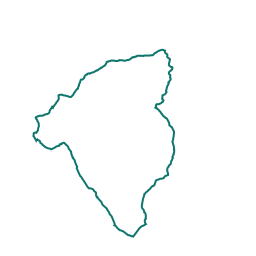 Holbav, Brasov, Romania (Mercator projection), rotated 131°
{"feature_id": "2599482B87347061012561", "entity_name": "Holbav", "entity_type": "district", "adm_level": 2, "iso_a3": "ROU", "parent_name": "Romania", "parent_adm1": "Brasov", "projection": "mercator", "projection_center": [25.358, 45.68], "detail": "fine", "context": "isolated", "style": "outline", "palette": "teal", "viewbox_px": 256, "rotation_deg": 131, "n_neighbors": 0, "source": "geoboundaries", "source_scale": "gbopen_adm2", "svg_char_len": 5815}
<svg xmlns="http://www.w3.org/2000/svg" viewBox="0 0 256 256"><g transform="rotate(131 128 128)"><path d="M149.1,201.8L151.0,199.7L151.8,199.2L153.9,198.8L155.2,198.9L157.8,198.4L158.8,198.5L160.0,198.3L161.0,198.3L162.0,197.9L162.0,198.4L161.5,199.1L161.6,199.3L161.9,199.3L162.8,198.9L163.9,198.7L165.5,198.7L166.4,198.4L167.4,197.7L168.5,197.5L169.6,197.7L170.6,198.2L171.4,198.9L172.2,199.3L172.8,199.9L173.5,199.9L175.1,200.8L176.6,202.7L178.0,203.5L178.5,203.7L178.9,204.1L179.4,204.1L179.8,204.4L180.6,204.6L180.9,204.3L181.1,203.4L181.5,202.8L181.5,202.1L181.6,201.6L182.1,201.0L182.4,200.5L182.7,199.3L183.0,198.6L183.5,198.0L185.2,196.4L187.2,195.6L188.2,194.9L189.2,194.3L190.4,194.3L191.0,194.1L191.9,194.1L192.3,195.1L193.7,195.8L194.1,195.5L194.5,195.1L196.1,194.1L196.1,193.6L197.8,188.9L197.0,189.1L196.1,189.0L196.2,188.0L195.8,186.8L195.8,186.5L195.7,186.2L195.9,185.5L196.7,184.4L196.6,183.2L196.5,182.5L196.8,180.9L196.7,180.8L196.8,180.3L196.7,180.1L196.6,179.6L196.7,179.4L196.6,178.5L196.7,178.1L196.7,177.8L196.4,177.1L196.2,176.9L196.2,176.3L195.9,175.3L194.6,172.9L194.5,172.0L193.8,171.6L192.7,171.2L191.2,170.5L189.7,170.1L188.9,170.0L187.9,169.2L186.7,168.7L186.4,168.2L185.2,168.8L184.5,168.5L184.0,167.7L183.4,167.5L182.8,167.8L182.4,167.7L181.6,167.1L181.2,166.6L181.0,166.0L181.3,163.9L181.2,162.4L181.3,161.5L181.7,160.4L182.5,159.2L183.2,155.5L185.0,153.4L185.2,152.7L186.0,151.6L186.4,150.0L186.8,150.0L187.3,147.0L187.9,146.4L189.7,143.2L190.7,140.8L191.9,140.4L194.6,134.9L195.6,132.5L195.5,131.7L197.9,123.2L198.9,120.3L199.2,117.9L198.1,116.7L197.3,114.7L197.3,113.4L197.8,112.3L197.7,110.0L199.9,107.6L200.7,106.2L200.2,105.8L200.6,104.7L201.1,102.2L201.2,99.7L202.1,98.2L202.6,96.7L202.7,94.8L202.7,91.1L203.3,90.1L204.2,86.6L205.0,85.4L205.4,82.4L209.1,75.1L209.7,74.3L210.3,74.4L210.0,72.7L210.5,70.6L210.5,68.4L210.6,67.3L210.0,66.3L209.1,63.6L208.8,57.4L208.0,56.8L208.0,56.4L207.2,53.9L206.5,53.5L206.4,52.8L196.3,53.6L193.3,53.3L191.7,52.4L188.8,51.4L188.4,52.8L187.4,54.1L186.5,54.9L184.8,54.9L184.5,55.7L182.9,56.5L181.3,58.5L180.7,59.6L181.0,60.4L180.2,61.4L179.6,62.3L179.5,62.7L179.3,64.5L178.7,65.5L178.3,66.0L177.2,66.9L176.6,67.0L176.2,67.5L173.5,69.0L172.0,70.0L170.3,70.7L167.6,71.9L167.3,72.2L167.1,72.0L165.7,72.2L164.7,72.2L162.8,71.7L162.0,71.9L159.7,71.4L157.9,71.6L156.4,71.5L155.6,71.3L154.9,70.7L154.5,70.6L153.9,70.8L153.1,70.8L152.4,71.3L151.0,71.7L150.6,72.0L149.2,72.5L147.9,71.9L147.1,71.3L145.2,70.4L144.8,70.1L144.0,69.2L143.0,68.5L141.9,68.2L140.8,68.5L140.3,68.5L139.3,68.1L137.4,67.0L137.1,66.9L136.8,67.3L135.8,68.2L135.1,69.7L133.4,71.3L132.9,71.7L132.0,72.0L130.8,71.9L130.2,72.3L129.7,72.4L128.9,72.4L127.6,72.1L127.2,72.2L124.4,73.7L123.3,73.8L121.5,74.6L121.0,74.6L120.8,75.3L120.5,75.6L118.8,76.1L118.1,76.1L117.9,76.2L117.7,76.7L116.4,77.0L116.1,77.3L115.3,77.8L114.8,78.4L114.3,78.6L114.3,79.0L113.8,79.5L113.4,79.6L111.7,81.5L111.4,81.9L111.0,82.9L110.5,83.4L109.3,85.5L108.1,85.8L107.2,86.5L106.1,86.9L105.3,87.7L104.5,88.0L102.2,89.6L101.7,89.8L100.9,90.7L100.6,90.9L100.1,91.7L99.9,92.6L99.2,94.2L99.0,94.4L98.7,95.3L98.8,98.6L98.4,98.9L98.0,99.5L97.3,100.0L95.4,104.7L95.5,105.5L95.8,106.1L95.6,106.4L95.6,107.2L95.8,107.8L95.6,108.5L95.8,109.0L95.7,109.9L95.2,111.3L95.3,112.0L95.0,112.5L94.9,113.4L94.6,114.0L94.4,116.3L94.2,116.9L94.3,118.3L94.2,118.9L94.4,119.3L94.3,119.6L94.6,119.7L94.6,120.2L94.7,120.7L93.6,120.8L93.3,121.0L92.6,121.8L92.1,121.8L91.4,122.0L91.1,121.9L90.0,120.5L87.8,119.4L86.7,119.2L86.0,119.3L85.5,118.9L85.1,118.9L84.4,119.1L83.8,119.5L83.8,120.9L83.7,121.2L83.6,121.4L82.6,121.8L82.2,122.3L81.7,122.6L80.8,123.4L79.6,122.9L78.6,122.3L75.9,122.3L75.4,122.7L75.3,123.4L74.8,123.9L74.2,124.1L73.4,124.3L72.5,125.0L71.3,125.5L70.7,125.8L69.0,126.1L67.4,126.7L67.3,126.9L67.3,127.2L67.2,127.4L66.0,127.3L65.2,127.5L63.7,127.6L63.3,127.8L62.9,128.0L62.5,128.7L62.4,129.3L60.6,130.5L60.2,131.1L60.4,132.1L59.8,133.2L59.6,133.3L59.1,133.6L57.6,133.6L56.6,133.3L55.8,133.2L55.3,133.4L54.9,133.2L54.6,133.4L53.6,133.7L53.4,133.9L53.1,134.5L53.4,135.1L53.8,136.2L53.8,137.0L53.9,137.6L53.4,138.7L51.8,139.8L50.8,140.1L49.5,141.0L48.8,141.2L48.6,141.4L48.5,142.4L48.6,143.2L48.7,144.2L48.6,145.1L48.3,145.4L47.5,145.8L46.7,146.6L46.7,147.3L46.9,148.2L46.8,149.1L46.4,150.1L46.1,150.5L45.4,150.7L45.4,151.1L46.4,153.4L47.6,154.3L48.8,155.0L49.3,155.1L49.7,155.5L52.8,156.4L53.5,156.7L53.8,156.7L54.2,157.0L55.6,156.9L56.9,157.1L57.7,158.1L58.4,158.5L59.4,159.7L60.1,160.2L62.0,162.6L62.4,162.8L62.5,163.1L63.2,163.7L63.8,163.8L64.1,164.2L64.2,164.6L65.2,166.0L65.8,166.2L66.3,167.3L66.9,167.9L67.3,168.1L67.7,168.5L68.1,168.4L68.6,168.6L69.0,168.9L69.2,169.3L69.8,169.4L70.1,169.7L70.7,169.8L70.9,170.0L71.1,170.7L71.4,170.8L72.0,170.9L72.5,171.3L73.4,171.2L74.5,171.5L74.9,171.7L76.0,172.0L77.5,173.3L79.7,174.8L80.0,175.4L80.2,176.1L80.7,176.9L81.3,177.4L82.0,178.6L82.4,178.8L82.5,179.1L83.1,179.1L84.4,180.0L85.4,181.1L87.0,183.7L87.3,183.9L88.0,184.9L89.0,185.2L89.9,186.1L90.8,186.4L91.3,187.0L92.0,187.4L92.3,187.4L93.6,186.7L95.3,186.6L96.1,186.4L97.5,187.0L100.0,187.5L100.3,188.0L101.0,187.9L101.9,188.3L103.6,188.7L103.9,188.6L104.6,188.9L104.7,189.2L105.2,189.2L105.7,189.7L106.1,189.7L106.9,190.1L107.7,190.2L109.9,191.5L110.7,192.1L111.5,192.3L111.7,192.6L112.1,192.6L112.8,193.4L112.9,193.8L114.0,194.2L114.5,194.0L114.8,194.4L115.5,194.7L117.7,194.7L118.4,194.2L119.3,193.9L119.8,194.0L120.9,194.0L121.5,194.3L121.9,194.9L122.2,195.2L122.8,195.2L123.2,195.1L124.8,194.2L127.4,193.5L128.1,192.8L129.5,192.6L131.1,191.6L132.0,191.9L133.4,192.0L135.9,191.6L137.2,191.7L138.8,191.1L139.1,191.2L140.4,191.2L141.5,191.4L142.0,191.4L142.6,192.1L143.0,192.8L143.2,193.5L144.4,196.1L145.9,198.5L146.0,199.1L146.3,199.9L148.3,201.7L149.1,201.8Z" fill="none" stroke="#0f766e" stroke-width="2"/></g></svg>